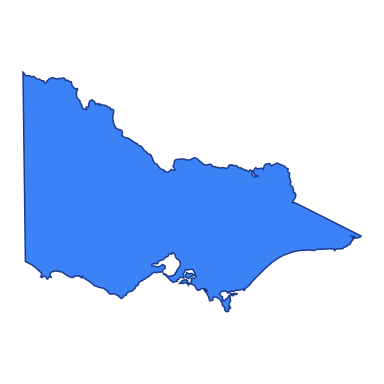 an SVG outline of Victoria
{"feature_id": "AUS-2656", "entity_name": "Victoria", "entity_type": "State", "adm_level": 1, "iso_a3": "AUS", "parent_name": "Australia", "parent_adm1": "", "projection": "natural_earth1", "projection_center": [144.983, -36.566], "detail": "fine", "context": "isolated", "style": "filled", "palette": "blue", "viewbox_px": 384, "rotation_deg": 0, "n_neighbors": 0, "source": "natural_earth", "source_scale": "10m", "svg_char_len": 5998}
<svg xmlns="http://www.w3.org/2000/svg" viewBox="0 0 384 384"><path d="M361.0,236.0L360.2,237.0L358.1,237.8L353.7,238.2L354.2,237.8L354.0,237.2L354.5,236.5L354.3,236.1L353.9,236.1L353.5,236.9L351.5,236.3L353.1,238.6L353.2,239.5L351.7,241.1L349.9,244.4L347.5,245.3L346.7,246.5L343.6,247.4L342.8,248.7L337.2,248.9L335.7,249.4L334.7,250.6L334.0,249.0L331.0,249.0L329.6,248.4L328.0,249.0L316.6,249.4L314.2,250.6L309.8,250.0L298.7,250.6L292.1,252.1L284.1,255.0L278.2,258.1L271.9,262.5L264.6,269.0L252.9,280.7L249.2,285.3L245.5,288.4L244.1,290.5L243.5,289.9L244.0,289.3L243.4,289.1L238.2,290.3L235.5,290.2L233.9,291.4L231.3,291.2L229.6,291.7L228.7,292.1L227.9,293.1L226.2,291.2L225.6,291.0L222.1,291.3L220.9,291.9L219.4,293.8L220.6,295.1L221.4,296.7L222.4,296.8L222.5,298.8L223.1,299.5L222.9,300.4L223.2,300.9L224.4,300.8L226.4,298.5L227.8,298.4L228.2,296.7L229.2,295.4L229.8,295.4L230.3,296.3L230.0,299.1L230.5,300.5L230.5,301.6L229.4,302.8L228.7,306.0L229.0,306.5L229.8,306.2L230.5,308.1L228.6,309.2L228.7,311.0L227.1,311.8L225.5,311.0L224.6,310.0L224.5,309.2L225.2,308.7L225.4,308.1L223.3,306.4L222.3,304.9L221.9,302.3L219.3,299.0L216.0,296.8L213.2,297.3L212.9,298.0L212.7,300.3L209.7,300.8L208.7,297.2L207.2,294.0L203.6,289.3L206.1,291.0L207.2,291.2L206.4,289.8L205.5,288.9L202.7,288.4L201.5,288.7L199.2,290.2L197.7,290.3L196.7,289.4L194.6,285.6L192.1,284.3L189.3,283.6L189.3,283.4L191.1,282.7L191.6,282.0L191.1,281.4L191.6,280.1L191.1,278.6L192.3,277.9L193.4,278.6L194.3,278.4L196.2,276.6L195.6,275.1L194.7,274.5L195.0,273.2L192.8,269.6L191.5,269.3L188.3,269.6L187.7,270.2L186.5,269.5L185.0,270.0L185.3,270.6L184.4,271.8L184.1,273.0L183.0,273.8L183.8,275.5L184.0,277.9L180.6,277.3L179.7,277.6L178.9,279.0L177.7,279.4L177.4,279.9L176.9,281.1L177.1,281.4L173.8,281.9L173.4,282.4L171.3,281.1L165.4,275.0L163.5,274.2L163.5,273.4L165.4,274.1L167.4,276.0L168.2,276.3L171.5,276.0L174.9,274.6L175.4,273.8L175.2,272.9L176.4,271.9L176.9,270.3L179.9,266.1L180.3,264.6L180.2,262.8L179.6,261.2L178.7,259.8L176.5,258.6L175.6,256.9L174.8,254.1L173.1,252.6L172.2,252.7L172.0,254.1L169.6,253.8L169.0,254.0L168.2,256.0L165.6,257.3L163.3,259.6L159.1,261.0L158.0,262.1L157.7,262.7L157.9,263.6L157.5,263.9L156.2,263.3L155.2,263.7L153.0,263.7L152.2,264.2L151.8,265.6L152.5,266.1L154.4,266.1L157.8,267.0L159.9,266.3L162.6,264.5L164.5,265.5L165.3,266.4L164.9,268.7L163.9,269.0L163.2,269.8L162.6,270.9L162.6,272.0L158.0,272.2L156.5,272.8L154.8,272.2L153.3,272.7L148.0,277.1L146.3,277.6L145.3,278.9L143.4,279.5L142.7,280.5L140.3,281.3L138.3,283.5L138.4,284.6L138.1,285.1L136.2,285.9L134.9,288.6L133.9,289.2L132.6,290.8L127.4,292.5L126.0,295.4L125.3,295.4L123.9,296.1L122.6,297.8L121.2,298.5L118.0,295.7L114.5,293.9L110.2,294.1L109.6,293.8L108.2,292.4L107.9,291.7L105.6,289.7L103.5,288.2L99.3,287.4L94.2,285.6L92.4,283.7L88.3,280.7L83.1,277.6L82.7,276.1L81.8,276.2L81.4,277.6L78.8,275.8L74.5,276.1L74.0,277.0L72.3,277.6L70.5,277.2L67.4,275.7L62.0,271.9L60.2,271.9L58.9,271.3L55.1,270.9L51.8,271.9L50.3,273.1L49.8,274.4L51.1,277.3L49.2,276.9L48.1,277.9L47.6,279.1L47.0,278.9L45.7,276.7L44.8,276.2L43.0,276.2L42.5,277.4L41.5,277.4L40.6,276.7L41.7,274.4L41.3,273.0L40.7,272.3L34.6,266.8L31.7,264.7L25.4,261.5L23.0,72.2L23.8,72.9L25.2,75.2L26.0,75.7L29.4,75.8L30.3,76.0L31.5,77.0L33.5,76.3L36.0,78.1L36.9,79.5L39.2,79.0L41.7,80.7L43.7,80.8L44.4,82.5L45.0,83.0L45.9,82.8L47.2,80.8L49.5,78.7L52.6,77.6L56.1,78.9L57.9,78.9L59.4,78.2L60.6,78.6L63.1,78.0L64.1,78.2L65.1,79.2L65.7,80.8L67.0,80.2L67.8,80.2L69.7,81.8L71.1,81.7L71.6,83.0L72.0,85.5L73.7,87.6L75.3,88.8L77.2,88.5L77.6,89.4L76.3,92.6L76.9,97.6L80.0,100.9L80.0,102.3L81.0,103.8L82.1,106.3L82.1,107.7L83.4,108.8L85.4,109.2L86.0,109.8L86.6,109.5L86.2,107.1L88.6,106.8L88.8,106.0L88.5,104.9L89.7,100.9L92.1,99.9L94.6,101.7L95.6,104.4L97.6,103.4L99.4,105.0L99.9,103.9L102.0,105.0L105.5,105.4L108.9,107.4L110.2,107.9L110.8,109.7L112.5,109.3L113.7,110.3L113.4,111.7L113.7,113.2L112.9,114.3L113.1,115.9L112.6,117.6L113.9,124.3L116.0,128.1L117.5,129.1L120.8,129.9L122.1,131.0L122.5,133.6L121.9,134.7L122.3,135.8L124.8,137.5L127.9,138.1L129.5,138.8L130.2,139.7L131.4,140.1L134.1,142.2L137.2,143.7L137.9,145.2L140.4,145.8L141.7,146.7L144.7,151.0L145.9,151.4L148.3,154.2L150.1,154.4L151.2,155.5L153.8,161.9L154.9,163.4L156.5,164.0L160.6,168.9L163.6,169.8L164.4,171.0L165.2,171.1L165.3,171.8L165.8,172.1L168.4,172.0L171.4,169.4L173.9,170.5L174.6,170.4L175.0,169.6L174.6,168.7L173.0,166.1L174.1,163.7L174.4,161.0L175.8,159.7L180.0,159.0L183.7,159.0L188.0,160.1L189.6,160.0L194.0,157.9L195.6,157.9L197.0,158.6L203.4,164.2L205.0,164.9L206.6,165.1L209.1,164.3L210.8,164.3L211.5,164.8L212.4,166.5L215.4,166.7L216.6,167.4L219.0,167.6L221.1,168.5L221.4,167.7L222.2,167.5L226.9,168.3L227.5,168.1L229.2,165.1L229.6,164.9L230.8,165.3L231.9,164.7L233.5,165.6L236.4,165.6L238.9,167.8L241.4,168.0L241.9,169.0L243.5,169.1L244.8,170.4L246.0,169.9L247.9,171.3L248.9,171.4L249.5,170.3L250.7,170.1L252.2,170.9L252.0,173.9L252.4,175.0L254.5,177.1L257.8,176.1L257.6,175.6L255.0,175.1L254.0,173.7L253.5,170.7L254.2,169.3L255.6,167.7L257.4,168.9L260.7,168.2L262.0,168.3L263.3,169.4L264.1,166.2L264.9,164.9L265.9,164.0L267.3,164.0L268.7,163.4L270.1,163.9L270.8,165.4L271.4,165.7L277.4,163.1L283.3,165.8L284.7,166.1L285.8,167.9L287.9,168.6L288.1,169.1L287.7,171.2L288.0,171.9L289.4,172.9L289.7,173.9L289.2,176.9L289.5,177.4L290.8,181.8L290.9,182.3L290.1,183.9L290.4,184.9L292.8,187.2L293.4,189.3L293.5,192.0L293.9,192.7L295.2,193.1L295.8,194.5L295.5,197.1L292.3,202.5L295.8,203.1L361.0,236.0ZM191.9,273.4L192.7,274.0L193.9,275.7L190.9,276.3L188.6,278.6L186.0,277.4L185.5,275.4L186.6,273.8L186.3,273.1L186.6,272.5L189.0,273.8L191.9,273.4ZM187.2,282.1L188.2,282.4L188.9,284.2L188.6,285.2L187.4,283.8L185.3,282.8L184.0,283.0L183.1,283.6L182.0,283.0L179.7,283.4L182.5,280.4L185.9,279.7L187.3,280.5L186.8,280.8L187.3,281.7L187.2,282.1ZM235.0,293.4L237.1,293.8L236.5,294.5L234.2,294.4L233.3,295.7L232.6,295.7L231.0,294.8L230.1,293.4L232.4,293.8L235.0,293.4Z" fill="#3b82f6" stroke="#1e3a8a" stroke-width="1.5"/></svg>